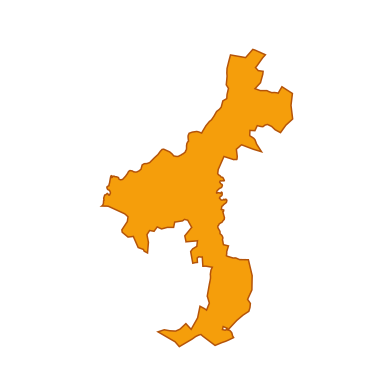 the district of Wudil, Kano, Nigeria, rotated 14°
{"feature_id": "59680162B14541309037731", "entity_name": "Wudil", "entity_type": "district", "adm_level": 2, "iso_a3": "NGA", "parent_name": "Nigeria", "parent_adm1": "Kano", "projection": "natural_earth1", "projection_center": [8.871, 11.763], "detail": "fine", "context": "isolated", "style": "filled", "palette": "amber", "viewbox_px": 384, "rotation_deg": 14, "n_neighbors": 0, "source": "geoboundaries", "source_scale": "gbopen_adm2", "svg_char_len": 5496}
<svg xmlns="http://www.w3.org/2000/svg" viewBox="0 0 384 384"><g transform="rotate(14 192 192)"><path d="M196.2,49.7L196.1,55.9L196.1,58.1L196.1,63.6L197.0,68.1L198.0,71.1L198.5,74.1L199.3,79.7L202.3,82.6L202.4,88.9L203.1,92.8L202.8,93.3L199.9,96.1L199.8,102.7L198.6,105.1L196.4,107.9L194.9,113.3L193.4,117.3L191.8,119.4L189.5,124.3L187.6,130.5L187.1,132.5L184.2,132.1L182.0,132.1L177.8,133.8L175.0,135.7L174.6,138.0L174.8,139.4L175.6,141.7L176.3,143.5L175.6,144.7L175.5,145.5L175.3,146.3L175.4,147.3L175.5,148.4L176.0,150.4L176.3,152.0L176.1,152.9L175.8,153.9L175.9,154.6L174.3,156.9L173.4,157.6L172.3,158.9L171.7,159.3L169.9,160.9L167.9,161.3L165.6,161.4L163.3,159.8L160.7,158.5L154.2,157.3L152.7,157.9L151.5,160.0L149.9,163.9L147.2,168.0L143.8,173.7L141.4,175.3L138.8,176.1L137.1,177.8L137.0,182.3L135.5,184.3L133.9,185.7L132.7,186.3L130.5,186.5L128.9,186.0L126.6,186.2L125.5,187.4L124.9,189.8L124.3,191.2L123.8,192.6L121.6,196.6L119.7,197.5L118.6,197.3L117.7,196.9L117.2,195.8L115.3,195.5L114.3,195.6L113.3,195.8L112.8,195.5L112.4,195.5L111.5,195.8L111.3,196.8L110.8,197.3L110.3,196.7L110.1,195.8L109.7,195.7L109.5,196.1L109.4,197.0L109.5,199.0L109.8,203.0L109.7,205.1L109.9,205.9L109.1,206.6L108.3,207.5L108.4,208.5L109.4,209.8L109.8,210.0L110.7,210.2L111.4,210.3L112.2,211.1L112.9,212.1L113.1,212.9L113.1,213.5L112.7,214.1L112.7,215.0L112.1,215.2L111.5,214.8L110.9,214.2L110.1,213.9L110.0,214.1L108.9,215.6L108.0,216.1L107.8,219.3L108.6,221.4L108.3,221.9L108.5,222.8L108.7,223.9L108.8,225.0L108.6,226.1L108.2,227.0L107.8,227.5L112.3,226.4L114.3,226.1L131.9,229.4L132.5,229.7L135.9,231.5L136.4,236.3L133.1,245.7L134.0,247.9L140.8,251.2L145.9,249.3L146.1,249.7L153.2,258.9L158.7,259.5L159.0,259.8L159.9,261.0L163.6,261.9L161.9,251.4L158.6,244.3L160.2,239.6L164.7,239.3L166.7,234.3L171.4,235.2L176.6,232.3L182.7,230.8L182.5,225.4L189.8,222.3L191.3,220.4L194.7,220.4L199.9,226.0L200.3,226.3L195.6,236.3L198.1,241.4L198.2,241.8L208.9,238.1L209.1,238.0L209.8,243.6L206.4,247.0L205.1,250.1L209.4,259.6L210.0,260.9L211.2,260.3L212.1,259.8L214.3,259.0L213.0,254.9L214.2,253.2L215.2,253.1L216.7,252.9L217.7,252.6L220.5,261.4L223.5,260.6L229.9,260.1L229.3,263.2L229.5,265.5L229.7,267.5L230.2,268.8L230.8,271.1L231.0,273.6L231.1,275.8L231.1,276.4L232.0,289.5L232.4,290.0L235.7,295.6L234.7,303.1L232.5,302.2L227.4,300.9L227.9,312.7L227.2,315.4L224.4,325.5L217.9,321.2L213.5,328.0L209.8,330.9L204.1,332.0L198.4,332.4L192.8,335.9L206.5,339.9L211.8,341.4L217.1,345.1L227.6,334.8L230.5,331.4L231.8,330.3L233.3,329.1L235.2,328.1L237.0,329.1L251.5,335.3L257.4,330.9L260.8,328.7L263.4,326.7L267.6,323.2L266.2,321.8L265.2,319.9L264.8,319.2L264.2,318.6L263.4,318.0L262.8,317.6L262.3,317.3L261.4,317.2L259.9,317.2L258.8,317.2L257.6,318.1L254.8,318.1L254.8,315.0L258.8,315.6L258.7,316.3L259.9,316.4L260.9,315.9L266.5,305.8L271.3,299.1L276.0,294.0L276.2,290.1L275.6,286.0L271.9,282.7L273.8,272.5L270.6,258.6L263.1,244.1L254.5,246.1L250.5,245.4L247.8,246.1L242.0,245.8L240.8,245.5L240.7,244.4L240.6,243.8L240.6,243.4L240.1,241.4L240.4,235.5L235.3,235.5L234.7,234.4L233.8,232.3L233.1,231.0L233.1,230.2L233.1,229.1L232.6,228.2L231.6,227.0L230.4,226.2L229.6,225.9L229.2,225.4L228.9,224.1L228.6,223.4L227.8,222.5L227.1,221.8L226.4,221.1L225.7,220.2L225.4,219.4L225.4,218.5L225.8,217.9L226.1,216.4L226.9,215.5L227.4,214.9L228.3,214.3L228.7,213.3L229.0,212.4L229.5,211.5L229.9,210.8L229.7,210.1L229.8,209.3L226.7,203.7L227.2,203.3L227.3,202.5L227.1,201.8L226.3,201.8L225.5,201.9L225.0,202.0L224.6,201.9L224.7,201.0L224.5,200.0L224.4,199.1L224.5,198.6L225.2,197.8L225.8,196.5L226.7,195.4L227.5,194.4L227.9,193.7L227.9,191.9L227.6,191.3L227.1,190.9L226.5,190.8L226.3,191.3L225.9,191.7L225.6,191.8L225.2,191.8L225.1,191.4L224.9,191.3L224.6,191.4L224.6,191.8L224.3,192.0L224.0,192.2L223.4,192.5L222.6,192.7L222.0,192.6L221.5,192.2L220.9,191.8L220.5,191.6L220.2,191.5L220.1,191.1L220.2,190.6L220.4,190.3L220.5,189.8L220.9,189.4L221.4,188.8L221.8,188.2L221.9,187.5L221.8,186.7L221.6,186.1L221.5,185.7L221.3,185.3L221.0,185.1L220.6,185.0L220.3,185.4L220.2,186.0L220.0,186.4L219.4,186.3L218.6,186.2L217.9,186.2L217.3,186.5L216.7,186.8L216.4,187.1L216.0,186.9L216.0,186.5L216.1,186.1L216.0,185.6L216.0,184.9L216.3,184.2L217.2,182.9L217.5,182.3L217.8,181.8L218.5,181.4L219.2,180.8L219.6,180.3L219.8,179.2L219.9,178.4L219.6,177.7L219.4,177.4L219.1,177.3L218.6,177.2L218.2,177.1L217.8,176.9L217.5,176.7L217.2,176.3L217.0,176.1L216.5,175.9L216.4,175.4L216.5,174.8L216.7,174.5L217.0,174.2L217.3,174.2L217.8,174.1L218.2,174.1L218.6,173.9L219.0,173.7L219.4,173.6L219.9,173.6L220.2,173.5L220.4,173.4L220.6,173.2L220.5,172.8L220.4,172.7L220.2,172.5L220.0,172.3L219.7,171.9L218.9,170.9L218.2,170.4L217.4,170.4L216.7,170.4L216.2,170.2L215.8,169.8L215.4,169.5L214.9,169.3L214.4,169.2L213.8,168.9L213.0,168.4L212.5,168.0L212.0,163.9L214.4,149.8L224.8,150.5L225.6,150.1L227.5,149.7L227.7,149.2L227.3,146.6L224.7,139.8L225.8,138.2L226.9,136.7L227.5,135.7L228.7,134.2L241.1,135.7L249.7,136.1L243.1,129.9L240.5,126.1L239.0,125.0L237.2,124.3L234.8,123.6L234.3,123.1L233.3,118.2L238.2,117.3L239.2,112.1L239.3,111.8L243.0,111.8L245.0,111.5L246.8,109.3L248.9,108.2L253.4,109.1L257.6,111.5L263.5,113.0L266.9,104.5L272.0,96.8L267.1,84.0L265.6,72.1L263.8,71.5L253.8,68.1L251.7,75.3L250.6,75.2L248.0,75.5L245.3,76.3L242.4,76.0L240.1,75.5L233.7,77.1L228.1,76.5L232.0,69.4L232.2,60.6L231.8,57.7L226.9,58.2L223.5,55.9L224.3,54.4L228.1,44.7L230.0,41.1L219.0,39.1L216.5,38.9L211.5,48.6L196.2,49.7Z" fill="#f59e0b" stroke="#b45309" stroke-width="1.5"/></g></svg>